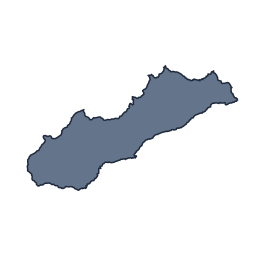 outline of Cangallo, Ayacucho, Peru, rotated 322°
{"feature_id": "86281439B34026517933599", "entity_name": "Cangallo", "entity_type": "district", "adm_level": 2, "iso_a3": "PER", "parent_name": "Peru", "parent_adm1": "Ayacucho", "projection": "albers", "projection_center": [-74.468, -13.505], "detail": "fine", "context": "isolated", "style": "filled", "palette": "slate", "viewbox_px": 256, "rotation_deg": 322, "n_neighbors": 0, "source": "geoboundaries", "source_scale": "gbopen_adm2", "svg_char_len": 5932}
<svg xmlns="http://www.w3.org/2000/svg" viewBox="0 0 256 256"><g transform="rotate(322 128 128)"><path d="M87.9,87.3L86.4,87.7L84.4,89.0L82.2,88.8L81.5,89.1L81.3,89.5L80.7,89.9L78.1,88.9L76.4,88.8L75.0,89.4L74.2,89.4L73.3,90.6L71.4,92.1L69.6,92.2L67.7,91.9L66.7,92.1L65.9,91.8L64.3,91.7L62.8,90.5L61.7,89.4L62.2,87.2L61.6,86.0L60.1,85.6L59.1,84.6L58.3,83.1L57.0,82.3L56.5,82.3L55.8,82.8L55.4,83.6L55.2,84.7L55.5,86.5L53.9,87.7L51.8,88.2L49.8,88.2L48.1,89.1L46.9,89.2L44.4,90.5L43.6,90.6L42.1,90.0L41.1,90.3L38.3,90.3L35.0,89.5L33.7,89.6L33.2,90.0L32.3,90.0L31.2,91.0L29.6,91.2L27.8,93.4L27.1,95.0L26.7,95.0L26.3,95.6L24.9,96.3L24.3,97.7L22.5,100.0L23.2,102.0L23.2,102.8L23.5,103.5L23.7,105.1L23.0,105.8L22.9,106.7L22.5,107.4L20.9,109.1L20.8,110.7L21.5,111.5L21.4,112.5L21.9,114.3L21.8,115.4L21.3,115.8L21.1,116.3L21.4,118.3L22.4,118.9L24.5,119.1L24.7,119.6L26.0,120.5L27.9,120.3L28.8,120.6L29.8,121.5L31.2,122.1L32.7,123.7L33.1,125.5L33.6,126.0L34.8,126.6L34.9,127.7L35.4,128.9L36.9,130.0L37.0,131.0L36.6,131.7L36.7,132.1L37.5,133.1L38.5,133.7L38.7,134.9L39.5,135.6L40.4,135.7L41.3,136.2L42.7,135.7L43.1,135.9L44.5,137.4L45.6,138.3L46.7,138.8L47.8,140.0L48.1,140.9L48.7,141.5L48.8,143.2L50.1,145.1L50.0,145.5L50.9,146.7L51.8,146.5L54.6,147.0L55.0,147.3L55.0,147.9L56.8,148.5L57.2,149.2L57.5,149.0L58.0,149.4L58.4,149.4L58.8,149.1L59.1,147.8L59.6,147.8L60.2,148.3L61.5,147.1L62.6,148.0L63.2,147.7L64.5,148.0L65.1,147.6L66.3,147.3L67.4,147.5L67.8,147.9L68.2,147.9L68.8,148.4L69.4,147.9L70.1,147.9L70.9,147.4L71.7,147.7L72.6,147.7L73.3,147.2L74.0,147.2L75.0,146.6L75.3,145.3L77.1,145.6L80.0,142.0L80.4,142.0L81.6,143.0L81.9,142.5L81.9,141.5L82.4,141.1L84.0,141.9L86.1,140.8L87.2,141.2L88.6,140.9L89.3,141.1L91.3,143.1L92.1,143.2L93.3,144.9L94.8,145.8L96.2,146.5L97.8,146.7L99.6,147.6L100.4,147.6L101.8,148.3L103.3,148.3L103.7,148.8L106.5,150.2L106.7,151.2L107.6,151.1L108.1,151.5L109.9,151.9L110.4,152.4L111.9,153.1L112.3,154.2L113.2,154.4L113.7,154.9L114.7,155.1L115.3,156.0L117.2,155.5L117.2,154.8L116.3,154.5L115.9,153.7L116.3,152.9L116.7,152.6L118.1,152.5L119.0,151.8L119.9,152.1L120.5,151.5L122.8,151.6L123.2,151.3L123.7,151.4L125.8,150.2L126.7,150.4L127.4,150.1L128.1,150.4L129.7,149.2L131.3,148.7L132.5,148.9L134.6,148.4L135.9,149.1L136.7,149.0L138.4,150.2L140.5,150.9L141.4,151.1L142.8,150.5L145.2,150.2L146.5,150.7L147.3,151.3L148.9,151.5L152.8,152.7L154.0,153.4L155.1,153.6L155.8,154.2L156.3,154.2L156.7,154.8L158.1,155.5L160.5,156.4L161.2,156.2L162.1,156.6L162.9,157.7L163.5,157.9L164.0,158.4L165.2,158.8L166.0,158.3L166.7,158.4L168.1,159.6L169.1,159.7L170.0,160.5L170.6,160.4L172.7,160.7L174.9,160.6L175.9,160.9L177.4,160.2L180.0,160.4L181.1,159.6L182.6,160.0L183.3,159.4L183.9,159.3L185.7,160.1L186.9,159.5L189.0,159.3L192.8,160.5L193.2,160.4L194.1,161.0L194.9,161.2L195.6,161.9L196.6,161.5L197.0,161.9L199.1,162.3L200.7,161.9L201.4,162.0L203.0,161.2L204.2,161.7L204.7,161.5L206.1,162.2L207.5,160.7L209.8,160.5L211.1,161.6L212.6,162.1L214.2,163.8L214.8,164.7L216.2,164.5L216.3,165.1L216.7,165.6L218.5,167.0L219.6,167.4L220.0,168.0L219.3,169.0L219.5,170.1L221.1,170.7L222.4,170.7L223.5,171.0L224.6,171.6L225.1,172.1L226.5,172.2L226.8,172.7L227.7,173.0L229.0,172.9L230.0,173.7L230.6,173.6L231.3,172.9L231.7,173.1L232.0,172.5L231.8,171.1L231.5,170.5L231.0,170.2L230.7,169.7L231.0,168.0L231.0,167.3L231.4,166.8L231.7,165.3L231.2,163.9L231.3,163.3L232.0,162.7L232.6,161.3L233.5,160.5L234.7,160.0L234.2,159.2L234.9,158.4L235.2,155.6L235.1,154.6L234.4,153.4L231.5,152.2L229.4,150.5L229.5,149.6L230.2,148.4L228.4,145.8L229.1,143.9L229.8,143.2L229.8,142.6L230.3,140.7L230.2,138.4L229.6,137.4L230.4,135.9L229.4,135.9L229.2,135.4L228.8,135.3L228.6,135.8L227.8,135.5L227.1,136.2L226.1,136.5L224.6,135.0L224.5,135.3L224.0,135.2L223.1,135.9L222.9,135.6L222.5,135.7L221.7,135.5L221.5,135.8L221.0,135.7L220.8,136.0L219.4,135.9L217.4,135.3L216.9,135.7L216.7,135.0L216.4,134.9L216.2,135.1L215.8,134.8L215.3,134.9L214.6,134.7L214.2,134.2L213.7,134.7L213.6,134.3L213.1,134.2L213.1,133.6L211.9,132.8L211.7,132.2L211.3,131.8L210.6,130.6L210.3,130.7L209.9,130.1L209.2,130.4L208.8,129.9L208.2,130.2L206.9,129.5L206.9,129.2L206.5,128.9L206.6,128.6L206.0,127.8L206.0,127.5L205.3,127.1L205.2,126.5L204.8,126.4L204.6,126.0L204.9,124.9L204.2,124.1L203.9,123.3L204.3,122.7L204.1,121.8L203.5,121.4L203.2,118.8L202.6,117.3L202.6,117.0L202.3,116.6L201.7,115.0L201.0,113.9L200.3,113.5L199.2,112.4L198.9,111.7L198.1,111.0L197.0,110.6L196.4,109.9L196.4,109.1L195.8,107.6L195.8,105.9L194.9,104.0L195.1,103.4L195.7,102.6L195.7,102.1L193.3,102.4L193.2,103.3L191.4,104.9L190.4,105.0L188.9,105.6L187.5,105.4L186.2,104.9L185.5,104.8L184.5,106.0L183.1,106.5L182.4,105.9L182.0,105.8L181.5,106.0L180.2,105.2L179.8,104.2L179.6,102.7L180.0,102.2L179.5,101.3L179.5,100.4L178.2,100.4L177.9,99.9L176.5,99.2L176.6,99.6L176.3,100.0L176.2,101.7L175.2,103.4L172.9,104.5L171.4,105.5L169.9,106.0L169.0,106.7L166.9,107.8L166.0,108.0L164.4,107.5L162.6,107.6L162.3,108.0L162.2,109.9L161.2,111.1L160.2,111.0L159.6,111.4L158.5,111.0L156.8,111.6L155.6,110.6L155.0,110.4L154.1,110.6L153.5,110.5L152.9,109.4L152.8,108.6L150.7,106.1L150.3,106.5L150.4,107.3L149.1,107.8L149.1,108.4L149.7,109.0L149.6,109.4L148.9,109.8L148.6,110.5L147.7,111.2L147.1,112.4L146.7,112.7L146.1,112.7L145.4,111.3L145.4,110.8L144.9,110.0L144.6,110.0L143.4,110.6L142.7,111.4L142.1,111.4L142.1,112.3L141.3,113.0L140.0,112.9L139.5,112.6L138.2,113.2L137.5,113.8L136.9,113.7L136.0,114.0L135.2,113.4L132.5,113.8L131.0,114.4L129.2,114.2L128.9,113.8L126.7,114.8L126.0,114.5L123.9,112.5L122.4,112.3L120.8,110.9L118.8,110.4L118.0,109.5L117.0,108.7L115.5,108.2L114.2,107.4L113.7,106.7L113.9,104.8L113.1,103.8L113.0,102.4L112.6,101.9L110.0,100.6L108.9,100.2L107.1,98.7L104.8,99.2L103.0,98.0L103.4,97.0L103.3,95.3L101.8,92.7L101.8,91.6L103.0,89.5L103.1,87.4L104.3,86.4L102.1,85.6L100.4,85.5L99.1,84.7L95.8,84.1L94.3,84.5L93.7,84.4L90.5,85.5L89.7,85.3L87.9,87.3Z" fill="#64748b" stroke="#1e293b" stroke-width="1.5"/></g></svg>